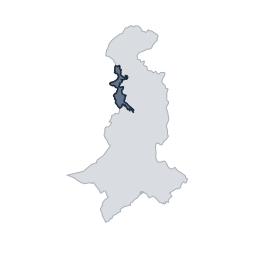 F.A.T.A. highlighted on a map of Pakistan, rotated 326°
{"feature_id": "PAK-1112", "entity_name": "F.A.T.A.", "entity_type": "Territory", "adm_level": 1, "iso_a3": "PAK", "parent_name": "Pakistan", "parent_adm1": "", "projection": "equal_earth", "projection_center": [70.829, 33.002], "detail": "fine", "context": "in_parent", "style": "filled", "palette": "slate", "viewbox_px": 256, "rotation_deg": 326, "n_neighbors": 0, "source": "natural_earth", "source_scale": "10m", "svg_char_len": 8266}
<svg xmlns="http://www.w3.org/2000/svg" viewBox="0 0 256 256"><g transform="rotate(326 128 128)"><path d="M201.8,60.6L204.6,67.4L204.2,68.9L202.2,70.0L201.4,71.4L200.5,72.0L199.2,71.8L196.6,72.9L195.3,72.8L192.3,74.9L189.9,74.5L187.4,73.2L185.2,73.1L179.1,71.7L176.0,73.0L174.4,76.4L174.6,77.1L175.7,77.6L176.1,78.2L176.2,78.8L175.5,80.2L175.9,80.9L178.7,81.3L178.8,81.8L178.5,82.5L176.5,83.8L176.2,84.6L176.5,85.7L177.9,87.3L177.6,88.8L176.5,90.6L176.6,91.2L177.7,92.7L179.4,93.7L179.7,95.3L179.5,96.0L179.9,96.5L182.9,96.6L182.7,98.5L183.1,99.9L184.1,100.4L186.0,100.3L188.3,101.5L189.3,102.6L189.2,103.4L188.5,104.4L183.7,106.8L182.0,108.4L181.6,109.7L182.4,112.9L181.7,116.4L182.0,117.1L182.6,117.3L182.9,118.3L180.5,120.1L180.1,120.1L177.0,124.8L176.0,125.9L175.8,127.0L176.3,128.6L175.2,130.3L171.1,132.3L169.7,137.2L166.6,143.8L161.3,147.4L160.8,148.1L159.2,152.6L157.5,154.8L156.8,157.5L153.6,158.7L150.2,159.2L147.2,160.7L146.4,160.8L145.4,160.0L144.8,157.8L143.5,156.7L142.6,156.7L140.1,159.0L137.7,163.8L134.3,168.3L133.6,172.5L134.0,173.2L136.2,174.7L139.3,175.4L140.1,176.3L140.0,180.1L139.5,181.9L139.7,184.0L141.3,186.7L143.0,187.0L144.2,186.7L145.0,187.2L145.0,190.4L147.2,195.1L148.9,200.0L148.2,200.9L148.1,201.5L148.2,202.6L148.9,203.3L148.8,203.7L147.3,204.5L146.5,205.5L145.6,205.8L144.3,205.3L144.0,203.5L143.4,203.6L139.6,205.2L138.8,206.5L136.7,206.8L135.9,206.7L134.3,205.4L127.9,205.1L127.2,205.5L126.7,204.9L126.2,205.5L126.2,209.4L123.9,209.4L121.8,209.9L120.7,210.8L120.2,212.2L119.4,211.0L118.6,211.2L117.7,210.2L117.3,211.2L115.8,211.4L115.6,210.0L114.8,210.5L114.2,209.8L114.0,208.7L112.9,207.8L112.4,206.7L112.2,204.2L111.1,199.1L110.4,198.6L106.5,197.7L106.3,196.8L106.5,192.9L105.3,191.0L105.0,189.6L104.0,188.4L103.0,188.1L101.9,188.2L101.1,189.5L103.3,189.3L104.3,190.1L102.1,189.8L98.6,190.4L96.6,191.3L94.0,191.0L90.6,191.8L87.8,191.9L86.7,193.5L85.6,192.8L81.8,191.5L80.9,190.6L79.7,191.4L77.6,190.9L76.0,191.3L75.4,192.0L75.3,193.1L72.2,192.6L70.7,193.0L67.3,192.4L66.4,192.6L63.8,194.1L62.7,193.0L61.7,193.9L59.9,194.2L58.3,194.1L56.6,193.5L57.1,192.2L57.7,186.1L58.6,184.9L59.3,180.7L59.6,179.9L62.0,178.7L62.4,178.1L63.5,178.2L64.2,176.5L65.5,175.6L68.9,174.5L72.5,174.5L72.8,172.0L73.4,171.5L73.4,168.9L74.1,168.3L74.0,168.0L73.6,167.2L72.8,166.7L70.3,167.1L68.9,166.7L68.9,165.3L69.4,163.5L68.9,157.0L69.1,153.9L67.3,154.0L65.3,151.7L60.9,150.0L58.4,146.9L55.9,140.8L55.7,139.4L51.4,133.2L66.8,139.0L77.3,137.8L82.3,139.2L83.1,138.3L85.2,137.2L91.9,137.1L102.8,133.2L103.6,131.8L103.0,130.9L103.0,130.0L103.6,127.4L103.5,123.7L104.1,121.2L104.6,119.9L106.5,118.5L107.9,116.3L108.8,115.4L109.7,114.9L110.7,115.0L111.5,115.7L113.1,116.0L114.7,115.8L117.4,114.4L117.4,114.0L116.1,113.0L115.9,112.4L116.4,111.9L117.5,111.8L120.1,110.2L121.5,108.6L124.2,109.2L125.6,108.6L127.4,110.6L128.2,110.7L130.2,109.4L132.1,106.9L131.8,100.7L133.3,97.6L133.3,96.5L133.8,95.7L134.3,93.3L134.9,92.8L136.2,92.4L138.2,92.2L141.4,90.0L141.6,89.0L140.2,85.9L137.7,82.4L138.0,81.0L138.9,80.5L142.0,81.6L145.1,81.7L148.8,80.5L149.2,79.6L149.2,76.6L148.0,74.6L149.0,73.7L151.1,70.4L152.6,69.2L154.1,66.5L153.4,65.2L153.9,63.7L153.6,62.0L153.1,61.4L152.3,58.5L151.5,57.2L150.0,55.9L150.5,55.0L154.1,51.1L155.5,51.2L155.9,50.5L158.4,48.7L159.0,47.9L163.3,46.3L167.8,45.8L173.8,45.6L176.3,46.4L181.5,43.8L182.3,43.8L184.1,44.8L185.6,44.4L186.5,44.6L188.4,45.3L189.1,47.4L189.4,47.6L190.5,47.2L191.3,47.4L193.4,49.1L194.3,51.8L194.3,54.4L193.7,55.4L193.8,55.9L195.3,56.7L196.0,58.6L197.0,58.8L199.8,57.8L199.9,59.2L201.8,60.6Z" fill="#d9dde1" stroke="#a8b0b8" stroke-width="1"/><path d="M148.8,74.3L149.0,74.2L149.1,73.7L149.0,73.1L149.0,72.9L149.7,72.2L150.1,72.0L150.2,71.9L150.7,71.1L150.9,70.7L151.0,70.3L151.4,70.0L152.5,69.5L152.6,69.8L153.0,70.2L153.2,70.4L153.5,70.5L153.7,71.1L153.7,71.3L153.9,71.5L154.1,71.6L154.6,71.3L154.8,71.2L155.2,71.3L155.4,71.4L155.6,71.4L155.6,71.5L155.8,71.7L155.8,71.8L155.6,71.8L155.5,72.0L155.4,72.1L155.5,72.4L155.4,73.0L155.2,73.1L154.8,73.4L154.7,73.4L154.5,74.0L154.3,74.5L154.5,75.0L154.4,75.0L154.5,75.2L154.5,75.4L154.8,75.7L154.6,75.8L154.4,76.1L154.5,76.2L154.5,76.3L154.3,76.3L154.2,76.4L154.1,76.6L153.9,76.6L153.6,76.9L153.5,77.0L153.3,77.2L153.4,77.4L153.3,77.6L153.3,77.9L153.0,78.1L152.9,78.3L152.4,78.8L151.6,79.1L151.5,79.3L151.6,79.5L151.9,79.7L151.9,79.9L151.8,80.1L151.9,80.3L151.9,80.6L152.0,80.8L151.9,81.0L151.9,81.4L152.0,81.6L152.2,81.8L152.3,82.0L152.4,82.3L152.3,82.6L152.4,82.8L152.5,82.9L152.9,83.2L153.0,83.4L153.0,83.9L153.1,84.3L153.3,84.5L153.5,84.5L154.0,84.4L154.5,84.1L154.8,83.9L154.9,83.7L155.2,83.1L155.3,83.2L155.5,83.5L155.7,83.8L156.1,83.8L156.3,83.9L156.4,84.0L155.7,85.2L155.8,85.3L156.2,85.6L156.2,85.8L155.7,86.0L154.9,86.6L154.7,86.7L154.1,86.7L153.8,86.5L153.7,86.5L153.6,86.4L153.7,86.2L154.2,86.1L154.4,85.9L154.4,85.7L154.2,85.5L152.5,85.5L152.3,85.5L151.9,85.6L151.7,85.7L151.2,85.4L150.7,85.2L150.4,84.8L150.3,84.7L150.2,84.6L149.8,84.4L149.6,84.3L149.6,84.9L149.7,85.3L149.7,85.5L149.4,85.6L149.2,85.8L149.3,86.0L148.8,86.3L148.5,86.5L148.3,86.7L146.8,86.5L146.6,86.4L146.3,86.2L146.1,86.2L146.0,86.3L145.9,86.7L145.9,86.9L145.9,87.3L145.7,87.4L145.4,87.5L145.0,87.6L144.9,87.7L144.6,88.0L144.4,88.1L144.1,88.1L143.7,88.2L143.5,88.4L143.5,88.6L143.7,88.8L144.1,89.1L144.2,89.7L144.4,90.1L144.7,90.2L144.9,90.2L145.2,90.3L145.5,90.4L145.4,90.6L145.5,90.7L146.5,90.9L147.0,91.0L147.1,91.3L147.0,91.6L146.4,92.3L146.1,92.4L145.8,92.8L145.6,92.9L144.9,93.1L144.4,93.0L144.1,93.0L143.9,93.1L143.6,93.3L143.3,94.3L143.1,94.7L142.7,95.5L142.5,96.3L142.5,96.7L142.5,97.1L142.8,97.4L144.4,99.7L144.5,100.0L144.3,100.2L144.2,100.2L143.6,99.8L143.4,99.8L143.2,100.1L143.1,100.5L142.9,100.8L142.7,101.1L142.4,101.4L142.1,101.8L141.9,102.1L141.6,102.3L141.3,102.3L141.0,102.3L140.9,102.4L140.8,102.5L140.6,102.7L140.5,103.0L140.0,103.3L139.8,103.6L139.6,103.9L139.6,104.0L139.8,104.7L140.0,105.2L140.1,105.6L140.2,105.9L140.5,106.2L140.9,107.6L140.9,108.1L140.9,108.5L141.0,109.3L141.1,109.6L142.7,115.6L142.8,116.2L142.7,116.3L142.2,116.4L141.7,116.6L141.4,116.8L141.3,117.0L141.4,117.4L141.4,117.6L141.3,117.9L141.2,117.9L141.1,117.4L141.0,117.1L141.1,116.6L141.2,115.5L141.2,114.7L141.3,114.0L141.3,113.9L141.3,113.7L141.2,113.5L141.1,113.4L141.1,113.2L141.1,112.9L141.1,112.7L140.7,113.0L140.4,113.4L140.3,113.5L140.2,113.5L139.9,113.6L139.7,113.5L139.5,113.9L139.3,114.1L139.3,114.4L139.3,114.7L139.2,114.7L138.9,113.0L138.8,112.7L138.7,112.6L138.2,112.5L138.1,112.4L138.1,112.2L138.1,111.9L138.2,111.5L138.2,110.7L138.3,110.4L138.2,108.7L138.3,108.4L138.3,108.2L138.4,107.5L138.3,107.4L138.2,107.4L138.0,107.9L137.8,108.0L137.7,108.0L137.4,107.8L137.4,107.6L137.6,107.0L137.7,106.8L137.6,106.7L137.3,106.5L137.1,106.2L137.2,105.6L137.3,105.5L137.2,105.4L136.9,105.4L136.1,105.5L135.7,105.7L135.6,105.9L135.3,106.3L135.0,106.6L134.8,106.8L134.5,106.9L134.4,106.8L132.9,107.0L132.7,107.0L132.6,106.9L132.3,106.9L132.3,106.6L132.0,105.7L131.8,104.5L131.8,104.2L131.9,103.7L131.9,103.2L132.0,102.3L132.0,102.1L131.7,101.4L131.6,100.8L131.7,100.3L131.9,99.8L132.2,99.4L132.3,99.3L132.7,99.2L132.9,99.0L133.4,98.2L133.5,97.9L133.5,97.3L133.4,97.0L133.2,96.9L133.1,96.7L133.1,96.4L133.5,96.0L133.7,95.7L134.0,95.4L134.1,95.0L133.9,93.7L134.1,93.2L134.4,92.9L134.7,92.7L135.1,92.6L135.3,92.6L135.6,92.5L135.8,92.6L136.0,92.6L136.4,92.2L136.8,92.2L137.4,92.5L137.8,92.5L138.5,92.0L138.9,92.0L139.0,91.9L139.4,91.2L139.5,91.1L139.9,91.2L140.1,91.1L141.7,89.6L141.8,89.2L141.6,88.8L141.1,88.2L141.0,87.9L140.6,87.7L140.4,87.3L140.4,87.0L140.4,86.8L140.6,86.0L140.6,85.7L140.3,85.5L140.2,85.3L140.2,85.2L140.1,84.7L139.6,84.6L139.1,84.4L138.7,84.3L138.6,84.2L138.3,83.5L138.1,83.2L137.9,82.5L137.8,82.3L137.6,82.0L137.5,81.9L137.8,81.5L137.8,81.3L137.8,81.1L137.8,80.9L138.0,80.7L138.7,80.6L139.0,80.6L141.0,81.4L141.6,81.4L141.9,81.6L142.1,81.7L142.8,81.7L143.6,81.9L143.9,81.9L145.1,81.7L146.4,81.7L147.1,81.6L147.2,81.2L147.3,81.0L147.6,81.1L147.8,81.1L148.0,81.0L148.1,80.8L148.8,80.6L149.0,80.2L148.9,79.8L149.0,79.6L149.3,79.2L149.4,78.8L149.2,78.1L149.2,77.9L149.5,77.0L149.5,76.7L148.8,76.3L148.5,76.0L148.3,75.6L148.1,75.3L148.0,75.1L147.9,74.8L147.9,74.5L148.0,74.3L148.2,74.2L148.4,74.2L148.8,74.3Z" fill="#64748b" stroke="#1e293b" stroke-width="1.5"/></g></svg>